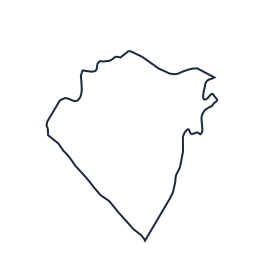 SVG path tracing the border of Coronie, rotated 211°
{"feature_id": "SUR-71", "entity_name": "Coronie", "entity_type": "District", "adm_level": 1, "iso_a3": "SUR", "parent_name": "Suriname", "parent_adm1": "", "projection": "equal_earth", "projection_center": [-56.304, 5.634], "detail": "fine", "context": "isolated", "style": "outline", "palette": "slate", "viewbox_px": 256, "rotation_deg": 211, "n_neighbors": 0, "source": "natural_earth", "source_scale": "10m", "svg_char_len": 1484}
<svg xmlns="http://www.w3.org/2000/svg" viewBox="0 0 256 256"><g transform="rotate(211 128 128)"><path d="M55.4,40.2L57.5,41.5L61.5,42.9L71.2,44.1L93.5,51.0L106.5,55.7L117.0,56.3L126.7,59.6L133.7,62.3L140.1,64.5L154.0,68.6L162.4,72.4L167.5,74.2L171.7,75.2L179.7,78.9L192.7,80.6L196.4,86.1L199.3,88.4L200.5,92.1L200.6,116.0L200.2,117.3L197.4,121.3L194.3,122.4L188.6,123.2L186.9,124.0L185.7,125.2L185.2,126.6L184.8,128.6L184.9,130.3L185.3,132.2L186.1,134.3L187.7,137.6L193.1,145.6L193.9,146.4L195.4,148.7L196.6,153.9L188.2,157.5L185.5,159.8L185.2,161.0L185.2,162.4L187.2,167.2L186.9,170.1L186.2,171.1L183.5,172.2L178.5,176.1L177.2,178.1L175.5,182.3L174.6,183.2L170.8,184.6L167.2,194.1L165.3,195.1L152.7,196.3L132.4,194.8L120.5,196.1L116.4,197.7L113.2,200.2L109.6,205.3L105.3,210.2L102.7,212.6L99.3,214.8L80.0,215.8L82.2,212.5L83.7,211.2L84.6,208.7L84.6,206.1L83.5,203.4L82.1,198.7L80.9,195.7L79.3,192.8L77.9,191.8L76.7,192.0L75.8,192.9L75.1,194.7L74.4,198.8L73.9,200.2L72.7,200.8L70.8,199.9L67.6,198.8L66.1,198.1L65.9,196.9L66.3,195.2L67.1,193.5L67.3,190.4L68.2,188.7L69.2,187.3L70.3,185.3L71.3,182.7L71.5,178.8L70.9,176.1L69.9,173.9L63.1,164.5L62.3,161.7L62.6,160.0L63.7,159.8L65.1,160.1L66.4,159.9L67.6,158.7L68.7,157.2L69.9,155.8L71.2,155.5L72.5,156.1L75.0,158.0L76.0,157.8L76.6,156.5L77.1,153.1L76.7,150.3L76.2,148.4L68.7,136.1L63.5,122.0L63.0,119.1L62.6,112.8L61.8,110.3L59.5,105.6L56.4,96.1L55.8,89.1L55.4,42.9L55.4,40.2Z" fill="none" stroke="#1e293b" stroke-width="2"/></g></svg>